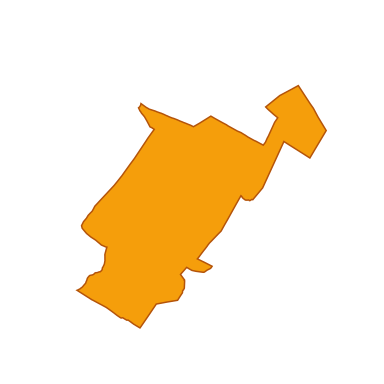 Tapilula, Chiapas, Mexico (Albers equal-area conic projection), rotated 299°
{"feature_id": "50627088B79605017756871", "entity_name": "Tapilula", "entity_type": "district", "adm_level": 2, "iso_a3": "MEX", "parent_name": "Mexico", "parent_adm1": "Chiapas", "projection": "albers", "projection_center": [-92.998, 17.25], "detail": "fine", "context": "isolated", "style": "filled", "palette": "amber", "viewbox_px": 384, "rotation_deg": 299, "n_neighbors": 0, "source": "geoboundaries", "source_scale": "gbopen_adm2", "svg_char_len": 3384}
<svg xmlns="http://www.w3.org/2000/svg" viewBox="0 0 384 384"><g transform="rotate(299 192 192)"><path d="M50.3,139.1L49.2,156.8L49.3,157.4L49.5,172.9L48.7,179.9L47.7,186.6L47.4,190.1L47.4,191.1L48.4,192.3L48.3,195.4L48.3,197.2L49.0,198.2L48.1,205.5L47.9,212.4L49.5,212.6L61.1,213.7L76.7,215.1L83.4,223.2L90.3,231.9L95.4,232.2L96.6,232.3L99.2,232.5L101.0,231.7L101.9,231.8L102.2,232.0L104.2,231.9L110.8,228.6L111.1,227.9L111.5,228.0L114.3,221.9L123.5,223.9L123.5,224.1L123.4,226.9L123.4,230.0L123.9,231.7L124.6,234.0L125.6,236.6L126.3,238.4L127.3,240.9L128.0,241.7L131.0,243.1L133.9,245.1L134.7,245.4L136.6,245.6L136.8,245.6L136.6,239.4L136.1,229.1L139.3,229.7L139.6,229.7L143.4,230.2L146.8,230.7L148.4,231.0L151.9,231.5L153.1,231.6L155.8,232.0L158.6,232.8L160.9,233.4L167.7,235.2L171.9,236.4L178.1,236.4L179.2,236.4L186.1,236.5L191.1,236.5L196.3,236.5L201.7,236.5L202.3,236.5L212.5,236.6L212.4,237.2L212.1,237.7L212.0,238.1L211.6,238.5L211.5,239.0L211.1,240.0L211.1,240.5L211.0,241.5L210.8,242.5L211.2,243.2L211.4,243.9L212.0,244.7L212.3,245.0L212.5,245.8L212.3,246.3L212.5,246.8L213.5,247.4L214.5,247.9L214.7,248.9L229.8,251.8L280.7,247.9L278.9,278.6L289.6,278.9L310.8,279.6L318.6,266.0L324.1,257.5L326.6,252.3L336.6,233.4L318.9,222.0L302.1,215.2L301.1,218.5L300.8,220.0L300.7,220.1L300.5,221.4L300.3,222.0L300.2,222.6L299.5,225.6L299.2,227.2L299.1,227.8L298.5,231.0L293.0,230.5L290.6,230.7L281.6,231.4L277.9,231.7L275.6,231.7L271.1,232.1L267.5,231.6L267.4,223.2L267.3,222.2L267.2,221.6L267.2,214.2L267.5,210.9L267.5,210.0L267.7,206.0L267.3,202.2L267.3,194.3L267.3,190.7L267.5,190.0L267.5,189.4L267.4,185.0L267.4,182.8L267.4,180.4L267.4,176.5L267.5,171.7L263.5,169.5L255.6,165.1L254.3,164.3L252.6,163.3L249.8,161.6L249.7,158.4L249.3,155.5L249.2,154.4L249.0,152.8L248.8,151.6L248.7,151.0L248.6,149.7L248.3,147.6L248.0,144.0L247.9,143.2L247.8,142.7L247.5,140.4L247.2,139.2L247.1,138.7L246.7,135.7L246.6,134.3L246.6,134.0L246.5,132.9L246.4,132.6L246.3,130.6L246.2,129.2L246.1,128.5L246.1,128.4L245.9,126.6L245.8,126.3L245.1,122.2L245.1,121.9L245.0,120.9L244.8,119.8L243.7,114.2L243.8,113.5L243.8,111.3L243.8,110.9L244.3,106.9L244.6,104.5L243.0,105.0L241.0,104.9L239.7,104.4L238.5,106.1L237.8,107.0L237.5,107.6L237.4,108.0L236.7,109.2L236.4,109.7L236.2,110.3L235.3,112.7L234.7,114.1L233.8,115.6L233.0,116.9L232.6,117.6L231.9,118.7L231.5,119.3L230.2,121.3L229.6,122.2L228.6,123.7L228.6,124.2L228.6,124.3L228.8,125.9L228.6,126.3L228.6,127.9L228.5,128.6L223.7,128.0L217.5,127.3L214.4,127.1L208.3,126.6L196.1,125.6L193.5,125.4L186.8,124.5L185.1,124.3L176.6,123.3L172.0,122.8L170.5,122.5L165.5,121.7L159.9,120.7L139.0,115.5L132.5,113.9L129.0,114.0L126.8,114.0L124.0,113.2L121.2,112.5L117.9,112.4L113.5,111.5L111.6,111.6L109.0,111.7L107.0,113.6L104.6,119.9L103.6,125.3L103.2,131.1L102.4,134.9L102.4,135.1L101.7,138.4L102.0,141.5L102.1,142.8L102.2,143.4L102.5,144.3L100.6,144.7L96.2,145.8L94.9,146.2L93.4,147.1L90.7,148.6L89.9,149.1L87.6,149.9L86.4,150.3L83.4,150.5L82.2,150.4L81.9,150.5L80.8,151.0L79.5,151.0L77.8,150.4L76.9,149.3L76.0,148.6L75.4,148.0L75.2,147.7L74.8,147.0L73.9,146.3L72.5,146.0L71.3,145.2L69.6,143.2L68.8,142.8L67.4,142.5L66.6,142.4L65.8,142.3L64.1,142.7L62.4,142.9L62.0,142.9L60.8,143.2L58.0,142.6L57.5,142.5L56.3,142.3L55.0,141.9L53.7,141.2L52.9,141.0L52.4,140.6L51.7,140.1L51.3,139.9L50.3,139.1L50.3,139.1Z" fill="#f59e0b" stroke="#b45309" stroke-width="1.5"/></g></svg>